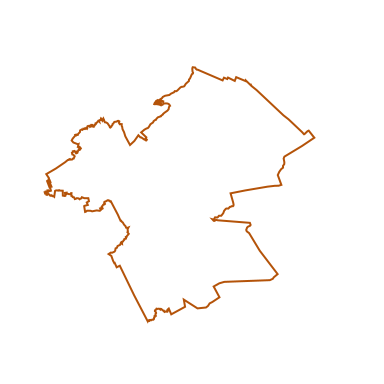 the district of Spineni, Olt, Romania, rotated 245°
{"feature_id": "2599482B91158629035483", "entity_name": "Spineni", "entity_type": "district", "adm_level": 2, "iso_a3": "ROU", "parent_name": "Romania", "parent_adm1": "Olt", "projection": "equal_earth", "projection_center": [24.571, 44.715], "detail": "fine", "context": "isolated", "style": "outline", "palette": "amber", "viewbox_px": 384, "rotation_deg": 245, "n_neighbors": 0, "source": "geoboundaries", "source_scale": "gbopen_adm2", "svg_char_len": 5994}
<svg xmlns="http://www.w3.org/2000/svg" viewBox="0 0 384 384"><g transform="rotate(245 192 192)"><path d="M303.4,247.5L304.8,245.4L304.7,245.2L303.5,244.3L300.7,243.3L299.7,243.4L299.0,242.9L298.8,241.6L295.7,238.1L295.2,236.8L293.9,236.1L292.7,232.1L291.1,229.7L291.3,228.0L291.7,227.1L291.7,225.8L290.1,221.4L290.0,220.3L290.7,219.0L290.0,217.9L290.0,214.4L289.5,212.5L290.6,208.3L290.5,205.7L289.8,204.6L289.3,201.6L286.3,204.3L285.7,203.9L287.3,202.3L287.2,202.0L289.3,200.0L289.8,199.8L289.7,198.0L289.4,197.6L287.2,199.6L286.9,200.4L285.9,201.2L285.0,201.4L284.5,200.7L285.0,199.9L288.9,196.7L288.6,196.0L287.6,194.9L287.4,195.1L286.7,196.9L284.9,199.5L283.7,200.5L284.0,200.9L283.5,202.1L283.9,202.5L284.0,203.9L283.4,205.7L282.6,207.1L281.7,208.0L280.7,208.4L279.4,208.5L279.3,207.8L278.4,206.8L276.9,205.8L276.1,204.1L275.5,200.7L275.0,198.8L274.6,198.5L274.0,195.5L273.8,195.5L274.1,192.6L273.3,190.5L272.7,190.0L272.8,188.7L272.4,187.1L271.5,186.1L271.0,183.0L269.2,180.4L268.6,179.0L268.8,177.7L268.6,175.2L267.5,171.1L260.9,173.7L260.3,172.7L258.5,173.2L258.0,172.4L258.1,172.1L259.5,171.4L259.6,171.0L262.9,169.1L263.3,168.3L266.1,167.4L262.6,161.3L260.8,155.7L270.6,155.1L275.0,155.7L278.3,155.6L280.8,156.3L281.8,156.2L283.2,157.0L284.0,155.7L284.0,155.2L285.5,155.0L286.7,156.0L287.5,155.5L287.9,154.5L287.6,153.6L288.3,151.4L288.1,150.7L287.3,149.7L287.2,148.8L286.2,148.0L285.8,146.9L285.3,146.5L284.9,145.2L285.3,144.9L286.2,145.1L289.9,144.5L291.2,143.7L292.0,142.5L296.1,142.7L295.7,142.1L294.9,142.1L294.6,142.5L294.1,142.1L294.7,141.8L294.6,141.4L295.6,141.1L295.2,140.9L296.1,140.7L295.9,140.6L296.4,140.3L295.7,140.0L296.2,139.6L296.1,138.1L295.7,138.2L295.6,137.7L295.0,137.6L296.1,137.1L295.3,137.1L296.0,136.9L295.0,134.9L295.0,134.0L294.6,134.1L294.1,133.4L294.2,132.4L293.5,132.0L293.6,131.5L293.0,130.9L295.0,130.0L295.3,129.3L293.6,129.3L294.0,128.8L294.1,127.5L294.4,127.7L295.2,127.3L295.1,126.8L295.5,126.5L295.4,125.7L295.7,125.3L295.2,125.0L295.0,123.8L293.9,123.9L293.6,123.5L294.2,123.2L294.7,122.3L294.5,122.1L295.0,121.8L294.8,121.1L295.1,120.6L294.7,120.5L295.0,119.5L294.7,119.0L295.3,118.6L295.1,116.6L293.7,115.8L292.7,113.2L292.0,112.6L292.4,111.8L293.0,111.4L293.1,110.3L292.3,110.3L292.4,109.9L290.8,106.4L289.5,104.7L287.0,105.4L283.4,108.9L283.4,109.4L281.1,107.6L280.5,108.5L280.4,109.2L278.5,109.7L278.0,108.8L278.9,108.6L278.7,107.6L277.7,107.6L277.8,106.5L276.6,105.3L277.2,105.2L277.6,104.1L276.6,104.2L276.0,103.8L276.0,103.3L278.9,102.8L279.2,101.5L278.7,101.5L278.4,99.8L276.6,99.4L275.9,100.2L274.0,100.8L272.3,98.9L272.6,98.2L272.1,97.2L272.6,95.7L273.5,95.3L273.6,94.5L273.1,93.9L273.5,93.0L272.6,89.5L270.8,78.5L269.8,67.5L265.0,68.2L264.5,67.7L263.2,68.0L259.8,67.8L261.3,67.1L256.2,66.9L256.3,66.3L263.3,66.7L263.4,66.1L263.2,65.3L256.2,64.8L256.1,65.3L252.9,64.7L253.2,63.9L252.9,63.6L253.2,62.3L254.2,62.5L254.5,61.8L253.0,61.4L253.1,60.8L253.8,60.9L254.2,59.9L254.3,59.5L253.7,59.3L254.0,58.4L252.6,58.2L252.4,58.6L252.7,59.5L252.2,59.6L251.1,58.9L250.6,59.4L251.0,61.0L250.0,61.6L248.9,61.8L248.5,63.1L248.0,62.9L247.8,63.6L247.1,63.9L246.9,64.6L245.9,65.1L250.9,68.4L250.9,69.3L250.6,70.2L249.8,71.3L250.0,71.6L249.7,72.5L249.2,72.7L247.8,75.4L243.3,73.4L242.1,75.1L242.1,75.6L244.9,76.5L244.4,78.1L243.2,77.5L243.4,78.2L242.0,79.6L241.4,81.2L242.1,81.9L241.9,82.3L239.5,81.0L238.7,81.8L237.8,81.7L236.9,82.9L235.1,82.8L234.9,83.9L235.1,85.0L234.2,86.4L232.9,87.1L233.2,87.9L233.0,89.0L233.8,90.0L231.9,91.8L230.2,95.4L227.2,94.7L227.0,92.2L224.3,92.1L224.9,88.7L224.8,88.3L219.1,86.7L219.0,87.5L219.4,89.0L217.8,92.2L216.7,93.3L215.6,97.8L213.9,100.5L214.3,101.8L216.0,101.8L215.9,102.8L214.7,102.9L214.8,104.0L217.0,104.1L217.3,105.2L218.0,106.1L218.1,107.1L218.4,107.3L217.8,107.6L218.0,108.1L219.4,108.1L219.9,108.2L220.0,108.6L220.1,109.4L219.9,110.7L220.2,111.7L220.1,112.4L219.4,113.2L219.0,113.2L218.8,113.7L217.8,113.9L217.8,114.5L202.9,115.2L196.1,115.1L195.9,115.7L194.9,115.7L193.6,116.4L191.2,116.6L189.1,117.3L187.5,117.2L186.8,118.1L186.7,119.4L185.5,117.9L183.3,117.2L182.9,116.5L180.8,117.0L179.4,114.0L179.0,113.8L179.2,113.0L177.7,112.5L177.9,110.7L177.2,110.3L177.1,109.6L176.3,108.6L176.5,107.4L174.6,106.7L175.9,105.9L174.5,104.5L174.5,101.7L173.2,100.4L173.2,98.9L171.3,97.6L170.7,96.5L170.7,94.0L171.4,92.8L171.0,90.2L168.2,91.9L163.0,91.4L160.4,91.5L160.4,92.0L155.6,91.9L155.7,95.4L122.9,95.9L93.6,97.2L93.9,97.5L94.0,98.1L93.2,98.5L93.1,98.9L93.5,99.2L93.9,98.9L94.0,99.2L93.7,100.1L92.9,101.1L93.2,102.1L92.6,103.0L93.0,103.9L94.4,104.7L94.5,105.4L95.4,105.7L95.1,106.9L96.8,107.2L97.4,108.3L98.2,108.5L99.6,108.0L100.4,108.4L100.3,109.1L101.2,110.4L100.7,110.7L100.6,111.8L100.1,112.9L99.5,113.1L99.4,113.9L98.7,113.9L98.8,114.8L97.1,115.5L96.4,116.3L95.9,116.0L94.8,116.5L94.9,117.5L94.6,118.2L94.7,118.7L94.1,118.7L93.9,119.1L94.6,119.9L95.1,119.7L95.7,120.0L96.2,121.7L89.9,121.5L90.9,137.2L97.9,139.1L84.2,147.8L81.4,155.9L82.0,158.4L83.6,160.9L83.7,163.9L85.0,172.4L97.2,171.7L97.7,178.2L96.9,183.3L79.2,225.3L79.2,228.6L80.1,230.0L81.4,234.9L110.1,228.6L130.6,226.4L133.2,225.0L134.7,225.1L136.5,226.9L136.9,227.9L136.9,230.5L137.4,231.2L139.6,231.4L155.4,203.5L156.6,202.0L156.3,200.3L156.7,199.5L158.7,198.9L158.2,199.5L158.1,200.5L159.3,202.2L158.2,204.2L158.4,205.1L159.1,206.3L158.1,208.5L159.6,211.4L161.4,213.2L162.5,215.6L162.4,216.5L161.6,218.0L162.5,220.0L162.2,220.8L162.4,221.8L161.8,223.1L162.1,223.8L163.1,224.4L165.2,224.9L174.5,226.4L170.9,241.0L164.9,262.8L162.6,269.7L161.1,273.1L160.7,276.0L171.1,276.9L173.4,279.6L175.0,282.4L175.6,284.8L177.2,285.5L178.3,287.4L180.0,288.3L183.6,289.2L185.0,290.7L187.2,311.1L189.5,325.8L198.3,323.7L198.3,322.4L196.9,318.3L197.0,317.9L199.7,317.1L217.1,310.2L222.8,307.3L257.1,293.6L262.8,290.8L264.0,290.7L263.8,290.4L270.4,287.9L269.8,287.5L277.4,280.6L274.6,277.7L280.5,273.0L279.5,271.7L282.1,269.3L280.2,266.9L298.0,251.0L300.5,248.8L300.7,248.2L301.9,247.6L303.4,247.5Z" fill="none" stroke="#b45309" stroke-width="2"/></g></svg>